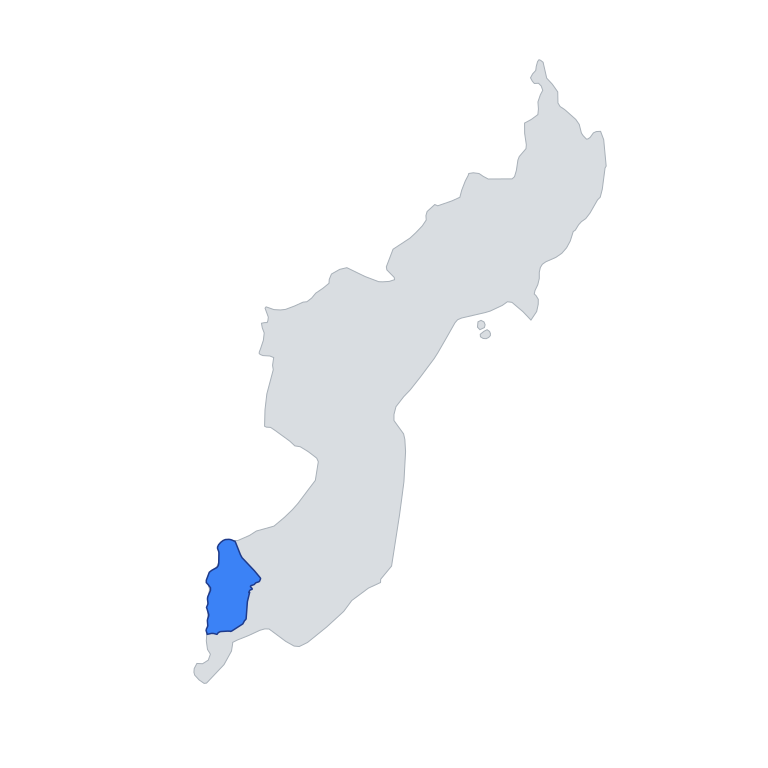 location of Chikwawa within Malawi, rotated 45°
{"feature_id": "MWI-1916", "entity_name": "Chikwawa", "entity_type": "District", "adm_level": 1, "iso_a3": "MWI", "parent_name": "Malawi", "parent_adm1": "", "projection": "albers", "projection_center": [34.734, -16.216], "detail": "fine", "context": "in_parent", "style": "filled", "palette": "blue", "viewbox_px": 768, "rotation_deg": 45, "n_neighbors": 0, "source": "natural_earth", "source_scale": "10m", "svg_char_len": 4311}
<svg xmlns="http://www.w3.org/2000/svg" viewBox="0 0 768 768"><g transform="rotate(45 384 384)"><path d="M292.0,449.6L287.3,443.3L283.5,444.9L278.3,449.5L275.5,450.7L274.0,450.6L273.1,449.4L271.9,446.6L267.8,438.4L263.2,432.6L258.3,430.4L254.4,427.7L256.1,425.1L257.9,423.2L257.1,421.3L254.9,418.5L246.3,414.5L246.1,412.8L253.6,409.2L258.4,404.9L261.6,400.9L265.6,392.1L268.9,383.3L271.3,380.4L272.1,374.5L271.5,368.0L273.1,359.6L273.9,351.7L271.3,348.7L269.1,343.4L271.6,334.3L275.5,328.0L294.6,321.4L307.9,315.4L310.7,312.8L315.2,307.7L317.7,302.8L315.9,301.4L305.4,301.3L302.8,299.5L295.1,282.3L299.2,262.5L299.5,254.8L299.3,245.2L297.9,238.2L294.6,235.3L292.5,231.5L293.0,221.2L296.0,220.0L302.6,206.4L305.6,198.3L301.9,192.0L297.9,182.9L296.1,177.1L295.1,175.2L297.8,171.5L302.3,168.0L307.4,167.0L312.7,165.4L329.5,148.4L329.7,145.1L326.6,139.4L320.3,130.9L318.8,127.5L318.0,117.2L315.5,114.2L306.2,107.3L298.9,100.1L301.1,92.7L302.3,84.7L298.7,80.3L293.4,75.7L290.1,69.0L288.6,64.1L284.4,62.1L280.6,62.1L277.8,65.2L274.8,65.0L271.1,63.9L269.8,59.6L269.6,55.0L267.1,51.8L264.6,47.4L264.3,45.1L265.8,44.4L269.0,44.0L282.8,52.7L291.1,53.0L300.3,54.6L308.3,62.3L312.4,63.3L317.6,62.2L332.5,61.3L338.5,62.4L346.2,67.0L349.2,67.6L354.0,67.7L354.9,66.5L355.4,63.8L354.5,58.4L355.6,55.4L358.5,52.2L366.6,55.9L387.0,72.8L387.6,75.0L400.6,91.9L404.8,99.0L404.8,102.8L408.8,117.5L409.7,124.4L408.8,129.6L409.0,133.8L410.5,139.9L410.0,142.4L414.6,151.2L416.8,158.6L417.3,165.8L416.0,172.9L412.0,183.2L411.3,187.4L412.2,191.1L414.8,195.2L419.2,199.6L422.5,205.0L424.7,211.2L426.6,214.1L428.9,214.0L433.2,215.0L436.7,218.6L440.7,224.8L442.1,231.8L442.7,234.9L431.2,234.6L416.7,235.8L413.1,238.6L412.1,244.7L407.5,257.4L405.0,262.0L399.7,270.5L392.2,282.5L390.6,286.5L390.9,290.5L395.4,306.8L400.0,323.9L401.5,330.6L404.8,353.4L406.7,369.5L406.9,379.0L408.5,391.6L412.6,398.5L416.9,402.8L433.1,405.4L438.0,408.5L447.1,416.6L467.1,438.9L478.1,453.2L487.7,465.8L504.8,489.2L518.1,507.4L519.7,524.4L521.9,526.8L517.3,539.4L514.3,559.8L516.3,573.3L515.3,596.3L512.7,620.8L509.7,629.6L505.7,632.9L496.4,635.5L476.0,638.5L472.9,641.4L470.3,646.1L466.2,657.4L461.3,668.8L459.7,673.7L460.7,674.8L465.0,680.7L469.3,695.5L470.0,721.0L468.5,722.9L462.5,724.0L456.0,723.7L453.4,722.2L451.0,719.4L449.3,713.9L453.5,710.1L455.0,703.5L452.3,697.8L446.9,696.5L440.0,691.3L425.2,674.2L412.9,662.3L405.7,652.4L398.4,648.5L396.2,646.0L394.5,641.8L394.4,635.8L395.1,631.4L392.8,626.4L385.3,618.7L381.9,614.4L381.7,609.3L384.9,604.3L391.2,598.3L396.0,586.1L397.7,578.2L406.7,562.3L407.9,548.5L408.1,537.5L407.6,529.3L405.2,512.4L403.6,500.7L392.5,485.4L388.8,484.0L378.3,485.4L369.1,487.6L364.7,490.8L357.9,491.0L340.1,493.8L334.5,494.9L331.3,497.7L329.4,498.3L318.2,486.5L308.2,473.9L295.6,452.2L292.0,449.6ZM421.9,281.7L418.8,282.4L416.9,280.8L417.4,276.1L418.5,272.7L421.5,272.2L423.6,273.1L425.0,274.6L425.1,277.1L424.2,279.7L421.9,281.7ZM415.1,273.1L413.4,277.8L409.9,277.7L406.5,273.6L407.6,270.4L410.8,269.4L413.6,270.6L415.1,273.1Z" fill="#d9dde1" stroke="#a8b0b8" stroke-width="1"/><path d="M436.0,686.0L435.2,685.5L433.8,684.8L432.5,684.1L431.6,682.7L431.0,680.8L430.4,679.6L426.4,676.2L425.6,675.1L424.1,672.1L423.0,670.9L417.6,668.0L417.0,667.8L416.4,667.4L415.4,664.8L415.0,664.0L414.4,663.3L411.7,661.3L410.6,660.2L409.7,658.8L407.3,652.7L405.4,650.8L401.7,650.2L398.8,650.1L397.1,648.4L393.6,640.7L393.9,637.7L395.6,632.0L395.2,629.5L393.8,627.5L386.7,620.1L385.5,619.3L382.6,618.0L381.6,617.0L380.7,614.6L380.5,611.4L380.9,608.4L381.8,606.2L384.2,603.5L385.7,602.4L387.2,601.7L388.9,601.1L389.8,600.6L391.1,601.0L403.1,606.2L406.4,607.2L424.5,607.7L433.0,608.5L434.1,608.7L434.5,609.1L434.6,609.4L435.1,610.6L435.3,611.0L435.4,611.5L435.4,612.1L435.1,612.9L434.2,614.6L433.9,615.5L434.0,617.2L433.9,617.9L432.6,620.4L432.6,621.4L433.0,621.8L433.8,621.8L434.7,621.8L435.6,622.0L435.9,622.4L435.8,622.9L435.2,623.7L435.1,624.3L435.1,625.0L435.5,626.4L435.7,626.9L436.0,627.0L436.5,626.6L441.3,634.5L452.6,647.6L452.7,648.2L452.8,649.1L452.7,649.8L453.8,653.5L451.0,666.4L450.7,667.0L450.5,667.4L449.8,667.8L448.2,669.3L443.6,674.5L443.1,675.4L442.7,676.9L442.7,677.8L442.9,678.6L442.9,679.1L442.4,679.5L441.4,680.0L439.9,680.9L438.4,682.3L436.6,685.1L436.0,686.0Z" fill="#3b82f6" stroke="#1e3a8a" stroke-width="1.5"/></g></svg>